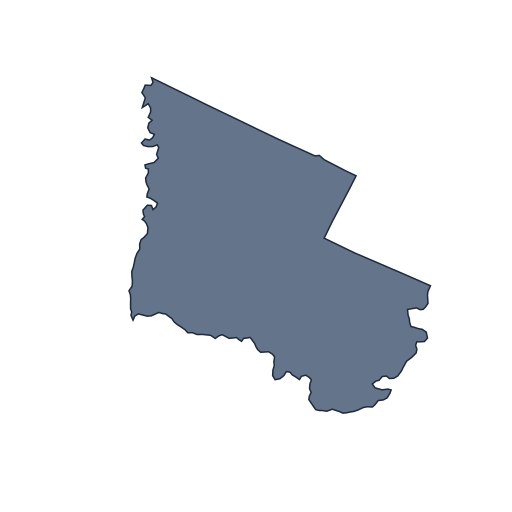 Manoel Ribas, Paraná, Brazil (Natural Earth projection), rotated 35°
{"feature_id": "56859067B35408611048404", "entity_name": "Manoel Ribas", "entity_type": "district", "adm_level": 2, "iso_a3": "BRA", "parent_name": "Brazil", "parent_adm1": "Paraná", "projection": "natural_earth1", "projection_center": [-51.634, -24.495], "detail": "fine", "context": "isolated", "style": "filled", "palette": "slate", "viewbox_px": 512, "rotation_deg": 35, "n_neighbors": 0, "source": "geoboundaries", "source_scale": "gbopen_adm2", "svg_char_len": 2671}
<svg xmlns="http://www.w3.org/2000/svg" viewBox="0 0 512 512"><g transform="rotate(35 256 256)"><path d="M68.2,169.9L72.1,172.9L72.1,176.5L67.2,179.6L68.0,182.9L68.7,187.5L74.6,189.9L77.7,199.6L80.4,193.1L84.8,195.2L87.1,198.5L88.2,204.3L93.0,204.4L92.0,208.5L93.8,213.1L98.5,215.7L102.9,214.6L103.5,218.4L102.3,222.1L98.0,223.8L97.4,229.2L100.4,230.0L104.9,228.3L108.8,225.4L111.3,221.6L114.1,222.9L116.3,229.8L119.9,232.0L118.9,237.9L115.2,242.0L112.8,245.1L115.2,247.4L117.9,246.5L120.2,249.8L120.9,255.5L123.3,258.3L126.0,260.3L130.0,262.4L131.3,267.6L132.8,270.3L135.7,269.4L139.2,269.1L145.0,269.2L146.0,273.2L145.0,277.1L141.4,274.6L137.9,276.6L137.1,283.2L139.1,285.7L142.2,287.8L141.7,291.3L144.6,291.3L147.6,292.3L151.3,294.8L154.2,300.0L153.6,304.8L152.5,308.6L153.8,312.9L156.8,317.0L157.0,322.2L158.3,327.2L160.4,331.9L161.8,335.3L163.2,340.1L166.1,343.9L169.3,347.6L171.8,351.7L171.9,357.4L175.1,359.6L177.8,362.8L180.3,366.6L183.5,371.1L186.3,373.2L187.6,376.3L192.1,379.1L191.2,374.7L192.8,370.9L201.4,367.7L204.6,365.0L208.8,358.0L212.6,356.7L215.4,355.3L219.3,355.5L223.0,355.5L226.6,356.9L230.2,357.3L235.5,357.1L240.2,357.1L244.2,358.0L247.9,355.3L252.8,354.1L257.4,350.8L264.3,347.0L269.9,346.9L271.3,342.9L273.4,339.9L276.7,339.4L281.2,338.9L286.8,334.0L290.4,334.3L293.1,334.2L293.1,330.6L295.7,328.3L297.9,326.1L301.4,327.2L305.2,328.5L307.8,330.2L311.0,331.7L315.0,332.2L321.3,327.2L326.1,327.0L329.2,328.1L331.3,332.4L333.8,335.3L335.3,339.7L338.3,344.5L342.6,346.4L346.0,342.8L347.4,338.1L347.2,333.2L350.4,331.7L354.0,332.6L357.1,332.3L362.5,332.3L362.2,328.5L365.1,325.1L368.9,324.9L372.3,325.6L373.6,329.9L375.8,333.8L379.4,336.2L380.1,340.3L381.6,343.3L385.3,344.7L389.1,346.2L393.0,347.6L396.4,346.3L398.8,344.6L403.0,342.6L406.3,337.8L413.6,335.6L417.3,334.9L420.1,332.5L423.1,329.3L425.5,327.0L428.1,323.3L430.7,318.7L433.6,315.7L438.0,312.9L438.8,309.2L439.0,304.3L442.8,300.9L444.8,297.0L444.5,291.9L443.5,288.2L440.3,289.4L436.0,293.3L429.2,295.7L424.7,294.1L426.0,289.6L428.1,287.3L428.5,282.3L431.8,279.5L435.6,279.8L439.0,277.2L440.9,273.0L441.1,267.1L440.5,263.5L439.7,255.8L441.7,249.7L442.8,243.5L441.3,240.1L438.0,237.6L436.9,234.1L440.5,231.5L443.0,229.5L443.6,224.9L439.1,220.7L434.2,220.7L430.9,222.3L426.6,223.6L423.3,224.9L419.7,222.0L417.7,219.6L414.6,217.3L410.8,212.9L417.3,206.4L421.1,205.9L423.5,203.9L424.1,200.7L424.1,196.2L418.9,189.7L417.2,186.5L416.0,180.3L387.5,186.0L334.6,197.0L301.6,202.3L298.7,183.9L294.0,147.0L292.0,132.9L280.6,134.8L256.8,138.0L250.2,137.3L246.8,140.2L207.6,147.5L184.1,151.4L170.3,153.6L127.7,160.6L117.2,162.2L68.2,169.9Z" fill="#64748b" stroke="#1e293b" stroke-width="1.5"/></g></svg>